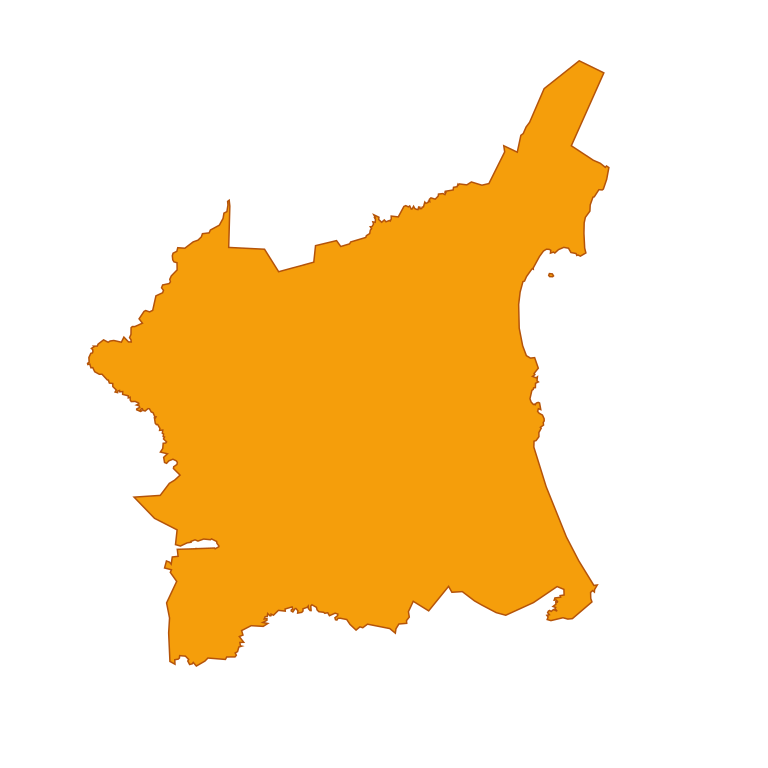 Compostela, Nayarit, Mexico, rotated 167°
{"feature_id": "50627088B82523169832508", "entity_name": "Compostela", "entity_type": "district", "adm_level": 2, "iso_a3": "MEX", "parent_name": "Mexico", "parent_adm1": "Nayarit", "projection": "albers", "projection_center": [-105.087, 21.114], "detail": "fine", "context": "isolated", "style": "filled", "palette": "amber", "viewbox_px": 768, "rotation_deg": 167, "n_neighbors": 0, "source": "geoboundaries", "source_scale": "gbopen_adm2", "svg_char_len": 6171}
<svg xmlns="http://www.w3.org/2000/svg" viewBox="0 0 768 768"><g transform="rotate(167 384 384)"><path d="M658.4,486.2L658.0,485.6L661.1,484.5L660.1,483.0L660.3,481.1L661.1,479.9L662.8,479.8L665.6,476.2L666.4,471.6L668.2,470.8L668.2,469.6L666.2,469.6L665.9,465.7L664.1,465.5L663.1,461.0L659.2,457.5L656.6,457.0L652.7,450.2L651.7,449.8L651.4,446.7L648.2,445.5L648.8,442.5L646.2,438.4L647.8,436.7L645.5,435.5L644.8,437.1L643.1,437.2L643.2,435.8L640.3,435.4L641.0,432.7L635.8,430.0L636.3,428.0L634.3,428.2L634.9,425.4L634.2,423.7L630.4,423.0L627.4,420.7L627.3,419.8L629.9,419.2L627.6,417.9L627.3,416.2L630.6,415.3L630.8,414.5L627.4,412.0L626.3,412.3L627.1,413.4L625.8,414.5L625.0,414.3L624.7,412.5L622.8,411.4L619.5,413.1L618.1,412.6L617.1,409.1L615.5,408.1L614.7,403.7L613.5,403.3L614.4,402.3L615.3,402.7L615.7,397.2L614.9,395.6L613.7,395.5L612.3,391.1L613.1,389.3L609.9,388.9L611.1,385.9L610.0,384.9L611.0,382.5L609.8,381.7L611.2,380.1L608.9,376.5L610.0,375.6L612.5,375.9L614.1,370.9L617.2,368.0L610.7,364.7L615.2,362.1L615.5,356.9L613.7,355.6L611.0,357.5L606.6,358.2L603.6,355.8L603.0,354.1L603.8,352.2L607.5,350.7L608.2,349.0L603.2,341.1L609.7,337.4L615.5,335.5L627.1,325.8L653.0,330.0L637.8,304.7L618.4,288.4L623.3,274.4L618.8,271.9L611.6,273.5L607.6,273.2L607.6,274.0L603.2,274.7L600.6,272.8L594.6,273.5L588.1,271.3L586.9,271.9L582.5,268.2L582.6,266.2L581.3,263.4L581.5,262.6L585.6,261.4L586.0,262.3L604.1,265.8L604.3,266.6L604.5,265.8L622.6,269.4L623.4,262.4L629.2,263.1L631.9,256.3L633.1,258.7L635.8,260.5L639.2,254.1L632.9,250.8L634.6,248.5L630.4,238.3L645.1,219.6L645.6,204.2L649.8,190.0L655.0,161.8L650.7,158.0L649.9,162.4L646.4,162.2L645.0,163.0L644.2,165.3L638.7,163.5L636.3,159.6L637.5,158.2L636.5,154.4L633.7,154.5L632.5,155.6L630.3,151.4L620.8,154.3L617.2,156.6L600.5,151.3L598.6,153.4L590.6,151.6L588.9,152.9L589.5,155.4L586.9,156.2L584.6,160.4L581.6,160.6L582.8,161.2L582.6,164.6L578.8,163.9L581.8,170.5L577.9,171.1L578.2,175.8L567.8,178.4L556.2,175.0L551.1,176.8L555.8,178.9L551.2,180.1L550.8,181.7L553.6,182.0L552.1,184.0L550.0,183.8L549.0,186.5L547.2,183.7L546.2,183.7L545.8,185.2L543.7,183.6L537.8,187.2L531.3,184.9L531.0,187.0L523.7,187.5L523.6,185.0L525.0,184.9L525.5,183.8L524.1,182.4L521.1,185.2L520.2,185.0L518.9,182.3L519.7,180.2L515.5,180.0L514.0,181.0L513.5,183.2L509.1,183.7L507.8,184.7L508.2,182.2L506.9,179.8L506.0,179.6L505.3,184.1L503.9,185.1L500.1,181.6L500.0,178.9L498.7,176.8L494.1,175.1L493.3,173.9L490.3,173.8L489.3,170.5L483.2,171.7L480.7,170.2L481.3,168.7L484.4,167.3L484.3,165.2L483.0,164.6L481.6,166.0L479.3,165.6L473.3,162.9L471.2,157.4L466.6,150.5L462.1,152.8L459.5,151.3L454.1,153.7L433.4,144.4L429.0,138.7L427.4,142.8L423.5,146.8L415.7,145.7L415.3,148.4L411.8,151.2L411.4,156.7L404.4,165.7L391.5,152.9L366.6,172.3L364.7,165.8L354.4,164.1L344.6,152.3L338.5,146.7L326.1,136.0L317.4,131.3L287.5,137.4L260.9,147.7L254.9,143.4L256.0,137.9L260.0,138.2L259.9,136.5L265.6,137.1L266.8,135.1L264.9,134.9L263.8,133.1L264.2,132.4L265.6,133.1L266.0,130.8L269.4,129.2L267.0,127.7L267.9,126.7L266.4,123.7L269.6,126.1L272.3,124.8L273.6,126.1L274.9,125.7L276.0,124.4L274.8,122.0L277.4,122.0L276.5,120.1L278.0,117.8L274.6,115.9L262.2,116.0L257.8,113.6L253.2,113.0L230.4,124.9L230.8,128.5L229.6,134.4L227.2,135.8L225.8,134.0L225.1,136.3L221.4,140.2L224.8,140.5L234.0,167.9L240.7,194.0L249.1,247.5L252.2,288.8L250.7,294.5L248.5,294.7L244.9,297.8L244.0,301.9L240.8,305.5L241.4,306.6L237.8,308.1L237.5,310.7L236.2,312.0L235.8,314.2L236.6,318.1L239.4,320.6L240.5,322.8L239.1,325.2L237.0,323.8L236.7,330.5L237.9,331.4L239.8,331.2L241.4,329.8L241.6,330.5L243.0,330.4L244.7,333.3L245.1,336.8L241.3,344.6L239.9,345.1L239.1,346.6L237.3,346.4L236.2,350.6L233.1,351.3L234.2,352.7L232.9,356.5L234.4,355.8L237.6,358.0L234.9,359.2L235.4,360.5L230.1,364.7L231.3,375.8L235.5,376.3L238.9,379.6L240.3,390.1L239.7,408.0L234.9,431.2L230.7,442.9L225.6,452.5L223.9,452.7L221.0,456.6L214.6,462.3L213.5,463.0L212.7,462.3L212.5,463.5L203.8,473.3L198.7,477.7L195.4,478.8L192.7,478.0L191.4,476.8L192.4,474.1L189.2,474.4L188.1,473.2L183.7,475.7L178.1,476.7L173.7,474.8L172.3,470.1L167.5,467.9L167.2,465.9L166.0,466.1L163.9,464.4L157.8,466.3L157.9,471.3L155.3,485.8L152.7,496.0L150.3,501.1L144.5,506.1L142.8,512.1L138.4,519.0L137.0,519.1L130.9,525.0L127.7,524.0L126.4,524.6L121.0,533.3L116.2,544.3L118.2,546.4L119.6,545.3L123.6,550.4L129.7,554.9L147.9,574.0L99.8,637.7L121.1,655.0L161.5,635.8L183.2,606.3L187.7,602.5L192.0,596.7L194.7,595.5L202.0,579.9L213.7,589.2L214.2,583.0L236.7,555.7L243.9,555.7L253.4,561.2L258.5,559.4L265.6,562.0L266.7,561.2L267.0,562.0L268.4,559.8L272.0,560.0L273.0,557.5L281.0,558.0L281.5,556.9L280.7,556.6L282.0,554.8L283.8,556.3L288.2,556.8L288.9,554.9L292.5,552.6L296.4,554.8L298.3,553.7L298.4,551.4L299.5,552.2L300.2,551.0L302.6,550.6L303.3,552.1L305.7,547.7L307.0,547.8L307.8,546.5L309.5,546.7L309.2,548.2L310.4,548.7L311.6,546.3L312.9,546.8L314.5,548.0L315.2,550.5L317.1,548.3L318.1,548.3L318.9,551.7L320.4,551.1L322.7,552.9L324.7,552.5L332.5,543.6L339.2,546.0L339.8,543.2L341.3,541.4L341.9,542.1L345.6,541.6L346.8,543.8L349.9,542.1L352.2,545.5L351.4,547.6L355.9,551.2L355.1,548.0L355.8,548.1L355.3,546.2L356.2,543.5L358.4,544.5L358.2,542.2L360.2,540.1L362.0,540.3L361.2,538.1L362.7,537.0L364.1,533.8L367.8,532.5L368.8,530.9L384.5,529.9L386.0,528.3L395.2,527.7L398.0,534.4L419.6,534.2L425.0,518.5L461.4,517.1L470.1,542.2L504.6,552.0L494.2,592.0L493.5,597.9L495.3,597.1L495.8,593.5L498.3,587.3L501.5,586.5L503.6,581.5L508.7,575.8L518.5,573.1L520.4,570.6L527.1,571.3L528.9,568.4L532.9,566.0L538.0,565.4L547.5,561.1L554.3,563.2L556.0,559.9L560.1,558.9L561.4,556.6L561.9,552.5L561.2,550.3L558.4,548.7L559.9,541.7L566.9,537.2L569.2,534.2L569.1,531.6L570.7,530.2L577.4,530.3L579.1,527.8L577.8,524.8L579.2,522.7L586.4,521.2L592.8,507.8L596.2,507.0L599.7,509.2L601.5,508.7L608.0,502.6L605.7,497.6L613.9,496.0L616.3,496.6L617.8,495.7L619.4,489.2L621.5,486.4L620.6,484.1L620.8,481.8L623.5,482.5L626.9,488.2L630.5,483.8L637.5,487.2L641.2,487.5L643.4,486.7L647.3,490.1L653.6,487.2L654.9,485.4L658.4,486.2ZM195.6,450.6L194.5,451.2L195.2,453.4L198.0,454.4L199.1,452.8L198.5,451.4L195.6,450.6Z" fill="#f59e0b" stroke="#b45309" stroke-width="1.5"/></g></svg>